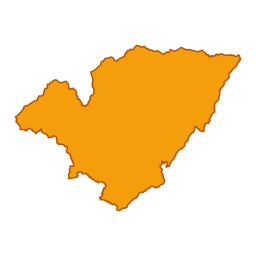 outline of Tha Pla, Uttaradit, Thailand
{"feature_id": "78962969B89891348758584", "entity_name": "Tha Pla", "entity_type": "district", "adm_level": 2, "iso_a3": "THA", "parent_name": "Thailand", "parent_adm1": "Uttaradit", "projection": "albers", "projection_center": [100.444, 17.83], "detail": "fine", "context": "isolated", "style": "filled", "palette": "amber", "viewbox_px": 256, "rotation_deg": 0, "n_neighbors": 0, "source": "geoboundaries", "source_scale": "gbopen_adm2", "svg_char_len": 5757}
<svg xmlns="http://www.w3.org/2000/svg" viewBox="0 0 256 256"><path d="M15.4,117.0L15.6,117.7L16.2,117.9L16.8,118.8L16.4,119.5L16.8,120.6L16.0,121.2L16.2,122.1L17.3,122.7L17.5,123.4L19.8,125.6L20.3,127.6L20.3,129.5L24.1,129.6L26.1,130.9L27.1,130.5L27.3,128.9L29.1,128.5L32.4,129.9L32.3,130.7L34.2,131.6L35.6,133.6L36.6,133.0L37.1,131.7L39.3,131.2L39.5,130.5L40.4,130.1L41.0,129.1L41.5,129.1L41.8,129.8L41.2,131.0L41.9,132.0L43.8,133.3L46.2,134.1L47.6,135.6L48.6,137.7L52.2,137.1L53.1,135.8L55.4,136.4L56.3,137.2L56.9,139.4L56.9,142.8L57.9,143.2L57.9,143.8L59.0,144.2L62.6,144.3L63.3,145.0L64.2,145.2L64.8,146.3L65.5,146.3L66.1,147.0L67.2,146.8L67.3,148.8L66.4,151.2L66.5,152.0L68.5,153.3L69.6,153.4L69.8,154.5L70.5,155.4L71.0,158.7L71.7,159.4L71.8,160.1L72.7,160.4L72.4,161.8L73.5,163.6L73.7,165.1L73.4,166.2L70.2,166.1L70.2,167.9L69.5,169.5L69.5,170.9L70.0,172.3L69.1,173.2L68.7,174.4L68.6,175.4L69.1,177.2L68.6,178.7L77.1,177.1L78.0,175.7L77.4,174.6L77.2,172.7L81.9,171.7L82.2,173.9L86.5,173.4L86.8,174.0L87.6,174.4L88.2,175.9L88.7,175.8L89.1,176.4L89.4,177.5L90.1,177.7L91.0,177.1L91.2,178.0L92.5,179.5L93.8,179.3L94.2,180.3L95.6,181.3L97.0,181.2L97.3,182.2L97.9,182.6L98.8,182.6L99.2,182.0L100.4,181.7L101.8,181.6L102.8,182.7L104.1,182.8L105.0,183.5L105.0,184.4L106.2,185.2L106.1,185.8L105.4,186.6L105.1,187.7L103.8,188.3L104.2,188.8L103.7,188.8L103.8,189.2L103.1,189.9L103.2,190.9L102.8,191.1L103.1,191.4L102.3,192.7L102.5,193.2L101.8,193.4L102.5,193.9L102.5,195.0L101.8,195.5L101.5,196.8L100.2,197.1L100.0,197.4L100.2,197.6L99.7,197.7L99.7,198.4L99.3,198.6L100.2,198.6L100.4,199.0L101.2,199.3L101.1,199.8L101.7,199.9L102.5,199.6L104.6,200.0L105.1,200.8L105.6,200.5L107.0,201.6L108.0,201.1L108.4,202.4L109.7,202.5L110.4,203.4L111.2,203.3L112.4,204.7L113.1,204.2L114.8,204.0L115.5,205.1L116.9,206.1L117.3,207.7L116.8,209.1L117.0,209.7L117.5,210.2L118.5,210.5L121.4,209.6L121.7,208.7L122.3,208.4L124.6,208.2L126.9,207.4L127.2,205.6L129.6,202.8L130.4,202.4L130.9,201.1L131.6,200.4L132.7,200.3L133.2,199.2L136.5,197.8L137.2,196.3L138.3,195.1L139.3,192.7L142.4,192.3L142.9,192.6L143.7,191.5L144.8,191.3L145.3,190.4L146.3,190.5L147.0,188.9L149.7,188.0L149.8,187.2L150.6,187.1L151.1,186.1L154.5,186.9L154.9,187.6L156.0,187.8L157.4,187.0L158.7,187.0L160.9,184.6L162.6,184.3L163.7,183.4L164.8,179.9L163.6,178.7L163.1,177.3L163.4,176.1L162.4,175.0L162.5,173.8L161.2,171.8L161.5,170.9L162.3,170.2L161.9,168.8L160.3,167.5L160.5,166.8L159.9,166.2L160.1,165.6L161.8,164.6L161.8,161.3L162.2,161.1L162.7,161.5L163.4,162.3L163.2,163.2L163.7,163.6L164.7,163.4L165.1,161.7L166.1,161.4L166.8,161.6L166.8,163.0L167.6,164.1L166.1,165.9L166.3,167.1L167.8,166.4L169.5,166.2L169.8,164.0L172.2,160.2L172.9,160.0L173.9,158.2L174.4,158.0L174.5,157.0L175.8,155.3L175.7,154.4L176.4,153.0L177.3,152.4L177.6,151.5L179.2,149.9L180.6,148.9L181.9,148.8L183.4,146.9L184.8,146.0L184.7,143.7L185.8,141.9L186.9,141.5L188.0,140.6L188.1,138.8L188.9,137.3L189.0,136.2L192.0,132.9L193.4,132.4L193.3,131.8L194.0,131.3L195.1,127.8L195.1,126.5L197.0,127.3L197.5,128.7L198.6,128.7L199.7,130.6L200.3,130.5L201.9,131.4L203.6,131.3L204.1,130.2L203.7,129.3L204.2,127.9L204.0,127.3L204.6,126.7L204.7,125.4L205.8,124.1L205.5,123.5L206.7,123.1L208.5,123.3L209.2,122.2L209.0,121.8L210.1,120.2L209.3,119.4L210.6,117.4L210.5,116.7L211.2,116.0L212.2,113.8L214.4,112.3L214.9,111.4L214.4,109.9L214.7,109.0L214.3,108.5L214.8,107.1L214.4,106.3L214.8,105.7L214.5,104.5L215.5,102.9L216.4,102.2L216.4,101.6L218.9,99.4L218.7,97.6L219.8,94.1L219.6,92.7L219.9,91.5L219.5,90.8L220.2,90.2L220.3,88.9L221.5,88.0L222.4,86.6L223.4,85.9L224.3,83.9L224.0,83.0L224.3,81.6L226.8,80.1L229.0,77.6L229.2,76.9L228.8,75.0L229.1,73.4L231.1,71.7L232.5,69.5L236.7,65.6L237.6,62.8L239.5,61.1L239.6,59.8L240.5,59.6L240.6,59.0L239.6,57.3L239.6,56.1L238.6,55.0L237.1,56.1L235.8,56.4L234.1,55.8L233.4,55.1L232.4,55.4L231.1,54.8L229.9,55.4L228.4,54.9L226.8,55.4L223.6,54.9L222.6,54.1L221.4,53.8L221.0,54.2L219.3,54.3L218.7,54.8L218.1,54.6L217.7,55.1L217.0,54.2L215.7,54.4L215.5,55.3L214.6,56.1L212.3,55.7L212.2,56.5L210.7,56.0L210.4,57.0L209.8,56.8L209.9,56.1L208.8,56.1L208.1,54.6L206.3,54.9L206.1,53.4L204.6,52.5L202.2,50.3L199.0,51.4L197.2,51.6L189.1,49.6L186.0,49.7L181.0,47.4L177.7,49.9L174.2,51.2L170.4,49.6L168.9,52.4L166.6,52.0L164.7,53.6L163.2,53.9L160.7,52.9L159.6,51.9L156.8,50.6L154.7,51.7L152.3,50.4L148.4,49.5L148.0,48.8L145.9,48.3L145.7,47.6L144.1,46.3L143.2,46.6L142.6,47.4L141.4,47.1L140.7,46.4L136.4,45.5L134.2,47.9L134.0,49.0L133.6,49.4L132.8,49.6L130.5,49.2L129.8,49.7L129.6,50.3L127.8,50.5L126.7,51.5L126.7,52.0L126.1,52.4L126.2,53.3L125.2,53.8L124.5,54.9L124.8,55.7L124.3,56.5L119.7,58.5L117.7,60.0L117.2,61.1L115.4,60.7L114.2,59.7L113.1,57.9L111.1,57.1L109.6,57.4L108.5,58.2L105.9,58.2L105.6,58.7L104.8,58.9L104.1,60.4L103.5,60.5L103.0,61.3L101.7,61.6L101.0,63.0L100.9,64.5L99.8,65.8L97.5,67.2L97.2,68.0L95.8,69.2L92.8,71.2L90.8,72.0L92.9,79.5L92.8,82.2L92.3,83.2L92.8,85.2L92.3,85.2L92.3,86.6L94.2,89.2L93.7,90.7L94.1,92.9L93.6,94.1L92.0,94.8L91.8,95.6L91.3,95.5L90.0,96.7L90.3,99.1L88.1,102.4L88.4,103.5L87.9,103.9L87.9,104.6L87.1,104.7L85.4,106.5L83.8,105.1L82.2,105.7L81.5,104.3L82.0,103.4L80.6,101.9L80.1,100.3L79.3,99.3L77.8,99.2L77.9,98.0L77.3,97.2L77.5,96.4L76.3,95.1L76.6,93.7L76.4,92.2L75.6,90.3L74.2,89.6L73.0,88.2L69.6,89.1L68.8,88.9L68.5,84.5L66.2,81.4L65.0,81.4L62.4,82.6L61.2,82.5L60.1,82.9L56.8,80.2L54.7,79.9L52.9,80.9L52.2,81.9L50.6,82.3L50.1,83.7L49.3,84.4L48.1,84.1L47.4,84.4L47.4,87.8L47.1,88.1L45.3,88.5L44.6,89.4L44.8,90.5L43.6,92.1L43.9,93.9L43.6,94.9L41.9,95.3L41.0,96.2L39.2,95.9L36.8,100.3L33.3,101.6L27.7,105.7L26.6,105.4L24.2,106.6L23.8,107.2L23.8,108.5L22.7,109.5L21.4,111.6L19.8,112.9L18.9,114.6L17.7,115.0L17.0,116.0L15.4,117.0Z" fill="#f59e0b" stroke="#b45309" stroke-width="1.5"/></svg>